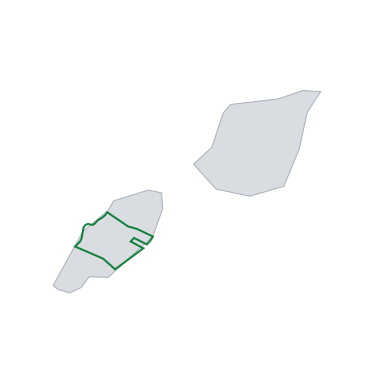 Tuamasaga on a map of Samoa (Natural Earth projection), rotated 119°
{"feature_id": "WSM-4984", "entity_name": "Tuamasaga", "entity_type": "state/province", "adm_level": 1, "iso_a3": "WSM", "parent_name": "Samoa", "parent_adm1": "", "projection": "natural_earth1", "projection_center": [-171.78, -13.929], "detail": "fine", "context": "in_parent", "style": "outline", "palette": "green", "viewbox_px": 384, "rotation_deg": 119, "n_neighbors": 0, "source": "natural_earth", "source_scale": "10m", "svg_char_len": 860}
<svg xmlns="http://www.w3.org/2000/svg" viewBox="0 0 384 384"><g transform="rotate(119 192 192)"><path d="M142.4,114.4L167.7,139.4L177.8,172.5L167.0,204.1L143.1,196.3L108.3,203.0L96.8,200.8L68.9,161.9L49.6,144.4L41.8,128.1L66.4,129.9L102.3,119.1L142.4,114.4ZM341.2,268.1L279.2,268.3L248.6,256.4L237.7,256.3L211.5,231.2L207.5,218.1L221.2,209.4L249.9,204.8L307.3,223.9L316.0,240.8L329.2,242.6L339.5,249.9L342.2,261.8L341.2,268.1Z" fill="#d9dde1" stroke="#a8b0b8" stroke-width="1"/><path d="M264.8,207.3L296.9,221.8L293.4,237.4L296.4,267.8L289.2,265.8L285.6,266.2L275.9,269.6L273.6,269.5L271.6,268.7L270.2,267.3L269.7,265.1L268.8,262.8L266.6,261.7L262.0,260.5L258.0,258.1L254.4,256.7L250.8,256.3L252.2,241.0L253.1,231.3L251.0,222.3L249.9,204.6L255.2,204.9L259.7,206.0L260.3,220.4L265.0,221.6L264.8,207.3Z" fill="none" stroke="#15803d" stroke-width="2"/></g></svg>